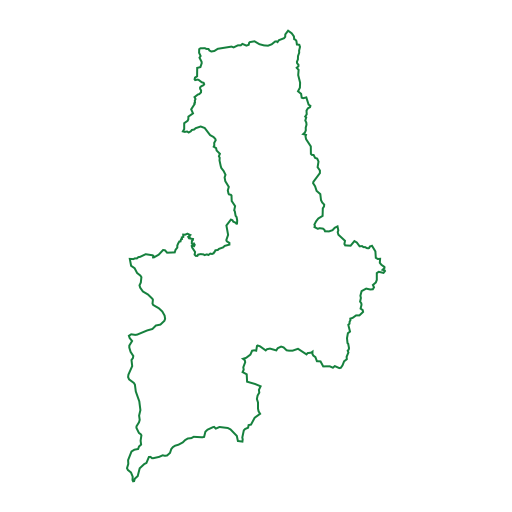 outline of Li, Lamphun, Thailand
{"feature_id": "78962969B62404267117906", "entity_name": "Li", "entity_type": "district", "adm_level": 2, "iso_a3": "THA", "parent_name": "Thailand", "parent_adm1": "Lamphun", "projection": "orthographic", "projection_center": [98.889, 17.796], "detail": "fine", "context": "isolated", "style": "outline", "palette": "green", "viewbox_px": 512, "rotation_deg": 0, "n_neighbors": 0, "source": "geoboundaries", "source_scale": "gbopen_adm2", "svg_char_len": 6031}
<svg xmlns="http://www.w3.org/2000/svg" viewBox="0 0 512 512"><path d="M200.4,48.3L199.2,49.2L199.1,52.8L200.6,56.0L199.5,57.7L201.6,61.8L201.7,63.2L200.4,67.1L197.2,67.9L197.1,76.3L195.0,77.6L194.6,79.3L195.2,80.1L197.3,79.6L198.5,79.8L201.8,82.3L203.6,82.8L204.2,84.2L203.5,85.2L201.2,86.3L200.1,87.4L200.1,88.8L201.1,90.4L201.0,92.4L199.3,94.1L197.9,94.5L194.5,97.1L195.5,99.0L194.8,100.7L195.0,102.4L194.3,103.2L194.7,103.9L191.2,109.3L193.0,113.4L188.4,116.6L188.3,119.3L187.6,120.8L184.2,123.2L184.2,129.1L182.9,131.4L184.7,131.9L187.1,131.5L188.7,132.5L190.8,131.3L191.8,130.0L194.2,129.5L195.6,128.2L200.7,126.5L204.7,128.0L210.1,135.1L213.5,137.0L215.3,138.9L215.7,140.2L214.2,142.9L214.3,145.3L213.7,146.7L216.1,148.1L216.6,150.5L219.9,153.8L218.9,156.2L219.7,157.8L219.5,160.4L220.7,166.0L221.3,168.0L223.7,171.1L225.5,174.8L224.6,177.4L225.3,181.2L228.8,186.9L227.8,190.4L228.5,193.6L229.0,194.4L230.9,194.8L231.5,195.5L231.7,201.0L235.1,206.1L234.2,210.3L234.8,211.3L235.6,215.8L236.6,217.1L237.2,220.5L237.0,223.6L236.4,223.7L235.6,222.7L233.3,221.7L232.4,220.2L230.9,219.6L226.4,225.5L228.1,234.9L226.3,240.1L226.8,241.3L229.4,242.9L229.4,244.6L224.7,245.9L223.1,247.4L218.9,248.9L217.8,250.0L215.4,250.3L214.6,252.0L213.8,252.5L213.7,253.3L212.0,254.0L210.3,253.6L208.4,255.0L206.9,254.4L204.5,255.1L203.5,254.4L200.6,254.1L198.1,254.6L197.4,255.9L195.8,255.9L194.6,254.6L195.1,252.0L192.2,247.6L191.7,245.9L192.4,245.4L194.1,246.1L194.7,244.8L194.0,243.7L193.2,245.0L191.8,243.4L191.9,240.9L192.8,240.1L193.0,239.0L189.0,238.3L188.3,237.0L189.6,236.7L189.3,235.7L190.2,235.0L187.4,233.7L185.1,234.7L183.2,234.6L183.3,236.9L181.8,237.4L182.0,239.0L181.0,239.3L180.5,241.4L179.3,241.5L178.2,243.4L177.3,245.5L177.3,247.6L175.6,249.7L174.7,252.4L167.1,252.7L165.0,250.3L163.1,250.0L158.7,254.7L153.9,257.4L153.1,257.4L153.3,255.7L152.6,255.3L145.7,254.2L140.0,256.9L138.4,257.1L136.9,258.4L134.7,258.4L133.5,259.1L129.8,258.9L131.1,265.8L134.6,268.2L137.1,273.0L140.4,275.6L141.4,277.2L140.8,282.6L139.5,285.3L140.2,287.7L142.9,291.5L148.0,294.5L152.5,298.9L152.9,299.8L152.5,303.6L153.2,305.0L158.9,308.3L162.3,311.5L164.6,315.6L165.1,318.8L164.4,320.8L160.4,324.6L155.9,325.5L152.4,329.0L147.3,330.4L137.2,334.6L135.3,334.9L131.2,334.3L128.9,335.8L129.7,338.1L132.1,341.0L129.3,345.6L129.3,347.6L130.6,351.9L133.3,356.0L132.9,358.1L131.5,360.0L132.2,366.1L128.4,374.7L128.1,377.1L129.1,379.4L133.8,382.9L134.9,384.6L135.8,391.5L139.3,401.4L140.4,410.1L139.1,415.6L139.7,419.9L139.0,422.3L136.5,426.3L136.4,427.8L138.9,432.9L140.8,434.3L141.4,435.3L140.6,440.7L141.1,444.6L139.0,446.5L138.1,449.0L134.4,449.7L131.5,451.5L128.1,460.1L128.3,463.9L127.0,468.2L127.9,470.0L131.0,472.5L132.7,476.7L132.5,480.0L133.1,481.3L134.1,481.1L134.8,478.7L137.7,476.1L139.7,468.3L144.3,464.0L146.4,463.0L148.9,457.0L150.5,456.9L152.0,458.2L153.2,458.2L159.1,456.9L162.7,455.3L164.9,455.8L167.1,455.5L170.0,452.9L171.3,449.0L172.9,447.1L175.1,445.7L178.5,444.7L182.8,442.4L185.1,440.1L187.8,438.5L191.4,438.1L193.7,436.8L202.3,437.3L204.1,436.9L205.4,431.7L207.5,429.7L212.9,427.2L214.1,426.9L215.8,428.6L219.5,427.0L227.8,428.0L230.5,429.4L236.8,435.9L237.9,441.0L242.4,441.6L242.7,439.3L242.3,437.5L243.8,430.4L245.1,429.0L248.1,427.7L248.6,425.1L251.0,424.6L254.7,417.7L260.1,413.8L258.6,411.4L258.0,408.7L258.0,402.5L256.9,399.0L257.6,395.5L259.3,392.6L258.9,389.9L260.6,386.3L255.1,384.0L247.1,381.7L246.7,374.3L242.6,372.1L243.7,369.7L243.3,367.3L245.2,362.2L244.8,360.2L243.0,358.8L246.2,357.8L250.4,354.6L252.1,350.7L254.3,350.3L256.2,350.7L257.0,345.9L257.6,345.5L260.0,346.3L265.7,350.4L267.0,349.2L270.0,348.6L276.3,350.4L277.7,348.2L281.1,346.6L283.6,347.4L286.6,350.3L289.2,350.7L292.5,350.7L298.0,348.8L306.5,354.4L307.6,353.1L311.3,352.6L312.5,351.7L312.4,353.9L313.3,355.6L315.4,357.1L316.9,361.2L320.5,361.4L323.2,366.4L329.7,366.3L332.9,367.7L334.8,366.1L339.3,368.1L340.8,367.8L342.5,365.4L344.1,361.3L346.8,359.2L346.6,356.8L348.4,352.5L347.7,350.7L348.7,349.6L349.0,348.1L348.2,343.8L347.5,343.1L347.0,338.2L347.9,333.2L350.0,331.6L348.3,324.8L349.5,323.7L349.6,321.7L350.4,320.3L350.3,318.6L352.6,317.9L356.1,315.4L359.4,315.4L363.1,311.9L362.7,310.1L360.6,308.6L361.5,304.8L361.3,303.3L360.1,301.6L360.9,298.0L360.4,295.7L361.6,291.1L366.2,288.6L370.2,289.5L372.8,289.3L374.0,287.3L372.9,285.0L375.8,282.5L376.8,279.9L376.8,273.1L378.7,271.8L383.5,272.9L385.0,271.0L384.7,270.4L382.6,269.8L384.5,267.9L384.4,266.9L381.4,264.8L379.8,262.8L380.1,258.8L377.8,259.0L375.8,257.8L375.4,251.4L372.0,245.8L369.9,246.5L369.1,248.0L368.3,248.3L366.8,248.1L365.1,247.1L363.4,247.1L362.1,246.1L359.6,246.3L356.8,242.5L354.4,241.1L350.6,245.7L345.2,245.4L344.4,244.0L345.0,240.8L338.4,234.7L337.7,232.1L338.3,230.4L337.5,226.4L334.7,227.8L332.5,230.2L329.0,231.4L325.0,231.3L324.4,229.8L322.9,228.6L319.6,228.2L317.8,228.8L314.5,227.1L314.9,226.0L314.4,224.6L316.1,221.3L318.3,218.5L322.6,215.9L322.8,208.3L324.0,206.5L324.2,204.6L322.2,202.5L321.0,200.1L320.3,194.1L316.6,190.9L315.1,186.3L313.1,183.2L313.4,181.8L319.9,173.1L319.9,170.5L317.6,167.2L318.5,161.6L317.2,158.6L315.1,157.9L313.6,155.0L311.9,154.9L310.9,153.9L310.8,146.4L306.1,139.2L305.5,136.5L306.0,134.9L303.2,134.1L304.9,132.5L305.8,130.4L305.7,127.7L306.5,124.7L306.3,122.6L305.3,120.5L306.2,117.4L305.2,116.6L306.7,114.3L306.5,110.6L307.9,108.3L310.0,107.2L310.4,105.9L308.6,104.6L306.3,97.4L303.2,98.2L301.7,97.7L301.1,93.8L298.0,91.3L299.9,87.7L300.1,82.7L298.2,75.1L298.6,69.9L296.7,67.8L298.4,66.3L298.5,64.9L297.1,63.2L296.9,61.9L297.9,59.4L298.0,56.1L299.2,52.7L299.1,50.6L300.0,46.9L299.3,44.8L296.9,44.5L296.4,41.0L295.5,39.8L294.2,39.2L293.9,36.4L291.7,33.3L288.1,30.7L285.3,34.4L285.2,36.8L284.1,38.2L278.9,40.2L277.5,42.1L276.5,41.4L275.1,41.5L271.7,44.3L268.0,45.7L264.0,45.4L259.4,44.2L254.5,41.3L249.9,42.1L249.2,42.7L248.7,44.8L246.4,45.6L242.4,43.9L240.8,45.3L238.0,45.3L233.6,47.4L231.5,46.6L217.8,48.8L214.3,51.0L211.3,51.5L209.4,50.5L208.5,49.0L206.3,48.9L204.9,48.2L200.4,48.3Z" fill="none" stroke="#15803d" stroke-width="2"/></svg>